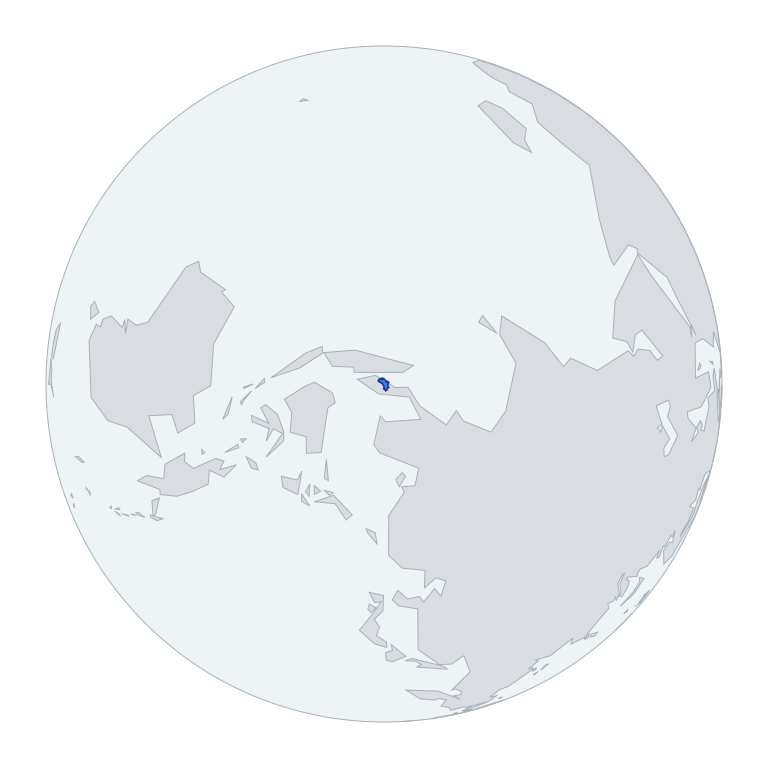 Perak highlighted on a globe, orthographic projection, rotated 141°
{"feature_id": "MYS-1137", "entity_name": "Perak", "entity_type": "State", "adm_level": 1, "iso_a3": "MYS", "parent_name": "Malaysia", "parent_adm1": "", "projection": "orthographic", "projection_center": [101.191, 4.79], "detail": "fine", "context": "on_globe", "style": "filled", "palette": "blue", "viewbox_px": 768, "rotation_deg": 141, "n_neighbors": 0, "source": "natural_earth", "source_scale": "10m", "svg_char_len": 10766}
<svg xmlns="http://www.w3.org/2000/svg" viewBox="0 0 768 768"><g transform="rotate(141 384 384)"><circle cx="384" cy="384" r="338" fill="#eef3f6" stroke="#a8b0b8"/><path d="M702.5,482.5L701.9,484.9L701.8,485.2L702.5,482.5ZM575.5,105.6L580.2,109.0L572.0,103.2L575.5,105.6ZM557.7,94.1L558.4,94.6L552.0,90.9L550.1,90.1L542.0,85.8L531.9,80.2L526.5,77.7L529.4,79.4L523.2,77.0L519.8,74.7L508.5,70.6L489.6,63.0L489.4,62.9L512.9,71.6L535.7,82.0L557.7,94.1ZM551.2,90.8L554.0,92.5L551.8,91.4L551.2,90.8ZM537.5,84.2L533.1,82.5L535.8,83.1L537.5,84.2ZM529.4,81.0L518.8,78.1L524.2,81.2L503.0,71.7L519.0,76.7L521.5,76.6L524.2,78.5L529.4,81.0ZM493.0,67.4L488.9,66.3L491.2,66.5L493.0,67.4ZM114.9,179.6L115.5,179.0L113.8,181.8L103.2,196.4L94.9,217.6L104.7,205.6L107.7,218.6L116.5,220.0L138.2,192.5L124.0,189.4L132.0,175.6L151.8,166.6L165.7,171.4L169.3,166.3L169.2,153.4L181.4,145.6L170.2,148.5L168.1,153.9L161.1,156.3L162.6,151.7L166.8,148.8L165.1,145.9L145.4,162.1L141.1,169.3L131.2,170.7L123.2,183.3L117.3,188.6L128.7,169.5L134.4,163.0L148.3,143.5L141.4,150.2L127.9,169.5L128.1,167.7L118.6,178.7L126.0,168.9L142.6,147.7L141.3,148.9L161.1,130.0L182.4,112.8L183.4,112.3L200.7,100.5L203.6,99.1L192.5,106.2L185.4,111.5L189.6,112.5L194.1,110.3L205.0,103.0L204.7,104.9L214.8,97.8L223.4,96.6L221.3,92.7L234.1,85.7L246.1,81.4L250.0,78.9L230.3,86.1L222.8,89.9L216.9,94.0L196.2,105.8L192.0,107.4L212.4,93.7L208.7,95.2L226.1,85.3L268.5,69.3L279.8,67.9L271.7,78.4L261.7,81.6L259.7,79.1L249.9,87.1L256.3,83.7L256.1,85.8L268.3,81.0L268.7,82.4L279.6,76.0L281.5,77.2L274.6,81.2L294.2,76.8L301.5,79.0L305.8,77.5L308.2,75.2L315.9,80.4L318.7,79.2L317.2,76.9L321.8,73.1L332.9,68.9L334.9,70.9L331.2,72.7L326.5,80.1L316.3,85.4L318.3,86.0L327.7,81.9L333.4,72.7L339.4,69.7L338.2,73.6L339.1,71.9L342.8,71.1L348.3,72.5L350.4,68.3L388.0,61.0L402.5,64.2L397.2,67.6L425.6,68.2L439.8,74.0L438.4,71.6L451.1,71.7L446.8,69.7L447.1,68.7L477.7,70.8L486.5,73.7L498.2,74.1L497.5,73.1L491.6,70.8L503.0,71.7L524.2,81.2L524.7,82.7L537.6,88.6L537.0,91.7L542.4,97.8L534.3,99.3L539.3,104.9L543.8,106.7L554.0,116.5L559.4,132.3L535.2,111.3L523.1,91.0L526.3,97.9L519.7,94.4L517.2,95.9L520.0,101.6L523.9,103.5L498.1,106.2L492.9,122.6L507.7,123.8L517.5,131.0L524.6,156.1L499.3,188.1L512.2,202.3L513.4,210.9L503.1,214.9L501.1,202.2L490.1,196.5L490.5,189.4L473.4,193.2L473.2,183.3L459.9,192.1L465.7,200.6L480.9,200.1L469.4,213.3L485.7,229.5L488.2,248.0L463.1,278.8L436.4,287.1L434.9,293.1L424.1,285.4L410.0,296.7L430.6,333.0L430.1,343.3L407.1,361.5L406.6,353.7L377.7,333.4L372.5,357.8L394.4,379.7L401.9,404.6L385.2,396.0L377.5,374.1L367.3,366.3L370.0,344.8L361.3,312.9L344.4,317.9L345.6,305.4L331.1,279.3L306.8,286.1L268.2,317.1L263.1,349.3L249.7,362.9L233.2,315.3L233.5,284.5L222.7,286.7L209.7,260.3L173.3,256.1L172.5,248.2L164.7,251.2L156.3,242.8L156.7,230.2L149.6,230.4L149.7,263.7L157.8,263.9L170.6,252.2L168.6,264.1L177.3,275.8L152.2,303.0L105.3,325.0L108.0,300.9L110.4,235.5L114.4,228.8L114.8,228.1L115.3,226.7L107.9,237.4L110.8,225.3L101.6,269.2L96.9,288.4L104.5,326.4L102.0,330.0L106.6,338.3L130.5,331.6L129.0,339.6L113.3,376.0L86.7,424.7L94.5,460.5L99.8,490.5L92.6,508.6L102.8,532.2L100.5,539.4L106.7,552.7L110.3,565.9L112.7,577.9L106.5,575.9L98.5,563.7L83.9,539.1L68.5,505.0L57.4,470.6L53.8,455.4L50.1,435.1L47.9,419.4L46.2,394.0L46.4,368.5L48.6,343.1L52.6,317.9L58.5,293.1L66.3,268.8L75.9,245.2L87.2,222.4L100.3,200.4L114.9,179.6ZM173.0,192.4L186.3,195.7L193.3,177.8L199.0,178.0L199.3,172.3L193.8,176.6L196.4,161.6L206.8,158.1L211.9,151.2L207.6,149.9L188.1,159.2L184.2,180.0L175.6,186.4L173.0,192.4ZM346.5,48.2L337.0,49.4L335.2,49.6L346.5,48.2ZM358.5,47.0L358.1,47.1L347.7,48.1L349.5,47.9L358.5,47.0ZM118.3,176.6L118.1,177.5L119.3,177.3L113.4,184.7L118.3,176.6ZM129.1,162.2L129.9,161.4L122.1,170.7L122.3,170.2L129.1,162.2ZM137.0,153.7L130.6,160.7L134.2,156.6L137.0,153.7ZM194.0,105.5L195.6,104.8L193.2,106.5L189.2,109.1L194.0,105.5ZM307.3,56.8L310.2,55.7L312.4,55.3L323.3,52.7L325.9,52.8L320.3,54.5L307.3,56.8ZM132.0,196.7L125.6,201.5L126.0,198.7L128.1,197.5L132.0,196.7ZM116.1,192.4L116.6,196.8L114.5,194.4L116.1,192.4ZM312.0,56.5L316.2,55.3L314.9,56.2L312.0,56.5ZM328.4,52.9L328.0,53.7L327.5,52.6L328.4,52.9ZM264.8,652.5L271.7,656.5L266.9,656.5L264.8,652.5ZM131.6,489.7L135.8,541.0L126.7,540.1L118.6,524.3L112.7,492.9L121.2,485.1L123.6,471.2L131.6,489.7ZM485.7,466.4L495.6,468.5L495.1,470.0L485.7,466.4ZM475.5,460.4L486.9,461.5L473.5,463.7L475.5,460.4ZM491.2,462.0L502.8,459.6L507.8,457.4L506.8,460.6L491.2,462.0ZM467.8,460.0L425.3,457.3L408.4,452.1L412.5,446.6L439.8,449.6L467.8,460.0ZM411.1,446.3L385.2,428.6L349.4,379.8L362.2,381.2L399.6,411.6L397.2,416.4L412.9,430.1L411.1,446.3ZM473.5,419.9L471.0,434.8L447.6,432.1L437.0,429.1L429.6,409.5L433.8,400.1L442.5,400.9L476.1,370.3L487.9,379.0L477.7,392.1L487.3,405.6L473.5,419.9ZM264.4,352.5L271.6,372.4L264.4,375.2L264.4,352.5ZM489.4,348.6L476.1,361.8L488.1,343.9L489.4,348.6ZM496.4,331.6L497.3,338.7L491.7,331.5L496.4,331.6ZM434.9,302.5L425.6,303.6L425.3,298.7L436.9,294.5L434.9,302.5ZM490.0,264.0L490.5,278.0L488.9,282.7L484.4,273.9L490.0,264.0ZM340.2,62.6L322.0,65.4L310.7,69.0L307.0,72.9L304.4,69.3L321.9,63.7L340.2,62.6ZM381.8,60.6L385.0,58.3L388.8,59.3L388.6,60.0L381.8,60.6ZM380.1,59.2L374.1,56.7L379.3,55.5L382.9,57.6L380.1,59.2ZM342.4,54.6L336.8,55.3L338.0,54.3L342.4,54.6ZM625.2,611.7L625.1,614.4L615.6,623.6L604.1,632.8L596.7,635.2L625.2,611.7ZM556.8,630.5L560.5,619.1L571.2,618.9L563.3,628.7L556.8,630.5ZM632.8,604.7L641.5,594.8L648.7,581.8L642.9,593.8L644.9,594.8L626.6,613.7L632.8,604.7ZM528.7,580.7L464.1,599.6L450.8,595.9L456.1,586.6L447.9,557.0L452.4,557.8L451.8,538.2L491.1,522.4L519.8,491.7L539.4,495.0L555.6,472.7L575.1,475.7L568.0,493.7L586.7,507.3L603.3,467.2L610.8,512.2L621.7,529.3L620.1,557.9L585.9,603.4L570.0,611.5L568.7,606.9L561.6,611.3L553.1,608.6L551.9,592.8L544.8,597.1L553.2,585.9L542.2,595.6L539.4,585.4L528.7,580.7ZM666.3,511.9L668.1,513.4L669.7,521.7L666.9,519.8L666.3,511.9ZM697.6,490.9L697.3,494.8L695.8,495.4L697.6,490.9ZM701.8,485.2L700.0,486.3L702.5,482.5L701.8,485.2ZM681.0,487.2L681.5,490.2L680.6,491.0L681.0,487.2ZM680.3,486.2L682.1,481.9L681.3,486.4L680.3,486.2ZM672.9,460.9L674.4,458.7L674.9,460.6L672.9,460.9ZM510.0,469.6L524.0,458.7L531.3,458.2L510.0,469.6ZM671.3,455.8L667.9,454.9L668.4,452.6L671.3,455.8ZM671.9,450.3L671.8,446.9L673.4,455.0L671.9,450.3ZM665.6,442.1L669.6,448.5L665.1,442.7L665.6,442.1ZM663.0,442.6L659.9,439.6L660.2,438.6L663.0,442.6ZM624.5,443.0L636.6,463.9L626.2,462.3L614.8,449.0L604.7,459.4L582.5,455.7L587.9,449.1L585.2,438.2L561.6,432.1L556.8,424.8L565.5,420.8L549.5,414.1L567.0,412.3L573.9,427.1L583.7,416.8L600.1,420.9L615.6,427.1L627.6,439.0L624.5,443.0ZM566.6,443.6L569.6,443.8L566.8,447.9L566.6,443.6ZM653.9,430.9L658.4,438.5L657.8,440.2L655.5,438.8L653.9,430.9ZM630.4,436.8L643.5,426.4L646.4,427.0L637.7,439.4L630.4,436.8ZM640.6,418.4L646.4,420.7L649.3,427.8L648.0,429.4L640.6,418.4ZM530.9,427.7L530.1,431.6L525.5,428.2L530.9,427.7ZM536.9,425.8L550.8,431.1L535.6,429.1L536.9,425.8ZM494.0,409.3L498.1,418.8L511.4,413.8L501.3,421.6L510.1,437.6L506.9,443.2L498.2,426.0L494.8,443.0L488.9,442.3L485.9,427.3L492.0,409.8L497.9,402.9L521.7,401.4L494.0,409.3ZM536.9,414.4L533.2,403.4L535.9,396.4L540.0,402.4L536.9,414.4ZM521.9,376.9L511.7,363.9L502.7,368.0L520.6,352.3L527.5,367.2L521.9,376.9ZM512.8,349.5L504.4,353.1L512.9,343.9L512.8,349.5ZM502.1,348.9L500.8,340.4L507.6,342.0L502.1,348.9ZM517.2,350.2L518.4,336.1L522.0,344.7L517.2,350.2ZM497.3,321.7L512.3,336.3L493.2,329.2L491.1,302.3L499.1,302.2L497.3,321.7ZM533.9,222.2L531.2,215.3L538.1,214.5L538.1,219.4L533.9,222.2ZM558.1,208.1L539.1,212.1L523.4,216.6L528.9,220.1L526.6,231.5L517.5,219.9L527.6,208.4L539.7,207.3L540.2,198.2L548.3,193.1L544.5,181.8L547.6,177.6L554.8,187.8L558.1,208.1ZM542.3,177.0L538.5,158.6L552.2,162.9L556.0,167.9L552.0,174.3L545.1,171.5L542.3,177.0ZM541.6,155.7L534.9,153.1L515.1,126.8L514.4,122.6L536.6,143.4L531.4,142.4L533.8,148.5L541.6,155.7ZM490.9,67.4L489.1,66.4L492.8,67.7L490.9,67.4ZM444.4,67.6L445.5,66.5L449.8,67.6L444.4,67.6ZM450.7,64.2L445.1,63.6L450.2,63.3L450.7,64.2ZM432.6,62.9L442.4,63.0L434.3,64.2L432.6,62.9Z" fill="#d9dde1" stroke="#a8b0b8" stroke-width="1"/><path d="M382.7,378.2L382.8,378.3L382.9,378.5L383.0,378.5L383.3,378.7L383.4,378.9L383.5,379.0L383.8,379.0L384.0,378.8L384.1,378.7L384.3,378.5L384.3,378.4L384.3,378.1L384.5,378.0L384.8,378.0L385.0,377.9L385.2,377.7L386.0,377.4L386.3,377.4L386.4,377.5L386.5,377.7L386.6,377.8L386.7,378.1L386.8,378.2L386.9,378.3L387.0,378.2L387.0,378.3L387.0,378.6L386.9,378.7L386.8,378.8L386.8,379.0L386.9,379.3L386.8,379.5L387.0,379.8L387.1,379.7L387.2,379.8L387.3,379.8L387.3,380.0L387.3,380.3L387.3,380.5L387.2,380.6L386.9,380.7L386.9,380.8L386.7,380.7L386.4,380.7L386.3,380.8L386.3,381.0L386.2,381.1L386.0,381.3L385.9,381.4L385.9,381.5L385.8,381.9L385.8,382.0L385.7,382.1L385.6,382.4L385.6,382.6L385.6,382.8L385.4,382.9L385.5,383.0L385.6,383.3L385.5,383.6L385.4,383.7L385.3,383.8L385.3,384.0L385.2,384.2L385.2,384.4L385.2,384.5L384.9,384.6L385.0,384.8L385.1,385.0L385.0,385.3L385.1,385.5L385.1,385.8L385.0,386.0L384.9,386.0L385.0,386.2L385.0,386.3L385.4,386.4L385.5,386.4L385.5,386.5L385.4,386.6L385.5,386.7L385.5,386.8L385.5,387.0L385.6,387.3L385.8,387.4L385.9,387.5L385.9,387.8L386.0,387.9L386.2,388.0L386.3,388.2L386.2,388.5L386.3,388.8L386.3,389.2L386.3,389.3L386.4,389.6L386.4,389.8L386.5,389.9L386.6,390.0L386.4,390.1L386.2,390.4L386.1,390.5L385.9,390.6L385.7,390.4L385.5,390.2L385.4,390.1L385.2,390.0L385.1,389.9L384.9,389.9L384.8,390.0L384.9,390.3L384.9,390.5L384.7,390.6L384.4,390.6L384.3,390.4L384.2,390.4L383.9,390.3L383.8,390.2L383.8,390.3L383.7,390.2L383.4,390.2L383.5,390.1L383.4,390.1L383.2,390.1L383.2,389.9L382.9,389.9L382.8,390.0L382.7,390.0L382.7,389.9L382.7,389.7L382.3,389.5L382.1,389.5L381.9,389.6L382.0,389.5L381.9,389.5L381.7,389.6L381.3,389.5L381.2,389.4L381.1,389.1L381.1,388.9L381.2,388.7L381.6,388.7L381.8,388.6L382.0,388.5L382.1,388.4L381.9,388.4L381.8,388.5L381.7,388.5L381.5,388.4L381.6,388.1L381.2,387.9L381.0,387.7L380.9,387.7L380.7,387.7L380.6,387.4L380.6,387.2L380.5,386.9L380.4,386.8L380.4,386.6L380.4,386.4L380.5,386.2L380.6,385.9L380.7,385.5L380.8,385.4L380.7,385.4L380.5,385.2L380.5,384.9L380.8,384.9L380.9,384.7L380.6,384.7L380.5,384.3L380.5,384.2L380.5,383.9L380.4,384.0L380.4,383.9L380.4,383.7L380.2,383.5L379.9,383.5L380.0,383.4L379.9,383.2L379.7,383.3L379.6,383.2L379.4,382.8L379.3,382.7L379.2,382.5L379.2,382.4L379.2,382.2L379.4,382.0L379.8,381.9L380.0,382.0L380.2,382.3L380.3,382.3L380.5,382.1L380.6,381.9L381.0,381.5L381.1,381.4L381.2,381.2L381.4,381.1L381.4,380.9L381.5,380.9L381.9,380.8L382.0,380.7L382.1,380.4L382.1,380.2L382.2,379.9L382.3,379.8L382.5,379.7L382.6,379.3L382.5,379.2L382.7,378.9L382.8,378.5L382.7,378.4L382.6,378.2L382.7,378.2Z" fill="#3b82f6" stroke="#1e3a8a" stroke-width="1.5"/></g></svg>